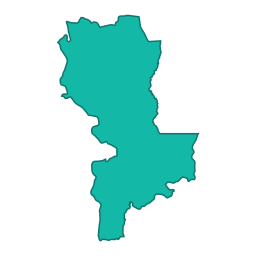 SVG path tracing the border of Kasaï-Oriental
{"feature_id": "COD-1896", "entity_name": "Kasaï-Oriental", "entity_type": "Province", "adm_level": 1, "iso_a3": "COD", "parent_name": "Democratic Republic of the Congo", "parent_adm1": "", "projection": "robinson", "projection_center": [23.978, -4.842], "detail": "fine", "context": "isolated", "style": "filled", "palette": "teal", "viewbox_px": 256, "rotation_deg": 0, "n_neighbors": 0, "source": "natural_earth", "source_scale": "10m", "svg_char_len": 5758}
<svg xmlns="http://www.w3.org/2000/svg" viewBox="0 0 256 256"><path d="M128.0,15.4L138.9,16.8L139.2,17.9L140.2,25.1L140.7,27.3L141.2,28.5L144.1,33.0L147.2,39.5L148.0,40.8L148.6,41.5L149.1,41.6L160.6,40.9L160.4,44.1L159.9,46.0L160.2,47.3L160.4,49.7L161.0,52.1L161.0,52.7L159.7,56.3L159.5,57.8L158.5,59.4L158.2,60.2L158.0,62.3L158.6,63.0L158.5,63.4L158.2,63.7L157.6,63.2L157.4,63.5L157.5,63.8L158.0,64.3L157.7,65.0L157.8,65.8L157.7,66.6L157.0,68.2L156.4,68.8L156.2,70.3L155.8,70.6L155.0,70.6L154.2,70.9L154.4,73.8L154.2,74.1L153.5,74.3L153.1,74.7L152.5,75.9L152.2,76.0L152.1,76.8L151.8,77.2L150.9,77.4L150.4,77.7L150.5,78.3L151.0,79.4L151.1,79.7L150.9,80.5L150.3,80.6L150.1,80.8L150.1,81.0L150.2,82.1L150.8,84.7L150.9,85.9L150.0,87.1L149.3,88.5L148.8,88.8L149.2,90.0L149.5,90.4L150.1,90.6L149.7,91.1L150.0,91.3L151.1,91.3L151.5,91.5L151.4,91.8L151.2,92.1L151.2,92.7L152.1,94.3L152.5,93.8L153.0,95.1L154.1,96.2L154.1,97.7L155.2,98.8L155.8,98.3L156.1,98.6L156.5,99.4L156.8,100.7L157.3,101.2L157.2,102.0L156.9,102.5L157.7,103.5L157.8,103.7L157.4,104.5L157.3,104.9L157.4,106.0L157.7,106.6L157.8,107.0L157.7,107.5L157.2,108.5L156.6,111.6L156.9,111.8L157.8,113.5L157.5,114.0L156.3,115.3L155.1,117.2L155.1,117.5L154.6,117.7L154.0,118.3L153.4,118.9L152.8,120.5L152.7,121.0L153.2,121.9L153.0,122.2L153.6,122.8L154.3,124.7L155.4,125.7L156.3,126.2L156.8,127.6L157.5,128.2L157.9,130.0L159.3,133.3L159.9,133.5L160.8,133.7L198.2,133.7L197.4,135.4L196.1,139.7L193.5,144.0L192.7,145.7L192.3,147.5L192.4,148.8L193.8,151.2L194.0,152.1L193.7,152.9L192.4,154.6L191.9,155.8L191.7,157.1L191.8,157.7L192.2,158.5L194.4,160.9L194.7,161.5L194.9,162.7L194.7,167.5L195.0,170.7L194.7,171.7L194.0,173.2L193.9,173.8L194.0,174.8L194.9,176.7L195.1,177.9L194.8,178.8L194.2,179.5L193.4,179.6L191.8,179.4L191.0,179.5L190.2,179.9L189.4,180.9L188.8,181.3L188.1,181.0L187.9,180.7L187.6,179.1L187.0,178.4L184.2,177.3L182.7,177.1L181.9,177.5L178.2,181.2L177.5,181.5L176.0,181.7L174.1,182.9L173.2,183.1L169.9,182.2L168.1,182.1L167.6,182.3L166.4,183.3L165.6,184.7L166.6,186.3L168.9,189.2L169.4,189.6L170.1,189.7L170.3,190.0L173.4,189.6L173.9,189.9L174.0,190.2L174.0,191.0L172.9,191.6L172.4,192.2L172.4,193.0L172.3,193.6L171.6,195.6L171.3,196.0L167.9,197.6L167.1,197.8L166.6,197.7L164.4,195.6L162.0,194.5L159.6,194.1L158.1,194.1L156.1,194.3L155.2,195.0L154.6,195.9L154.4,196.9L154.5,197.9L154.4,198.5L154.2,198.9L149.6,202.9L148.7,203.4L146.8,204.0L144.5,206.1L144.0,206.3L142.3,206.4L141.6,206.6L140.7,208.4L139.9,209.1L138.8,209.1L137.2,208.5L133.2,206.2L132.7,205.6L132.8,204.2L132.6,203.4L132.2,202.6L131.8,202.2L131.3,202.1L130.4,202.2L130.0,202.0L129.7,202.2L129.7,202.4L130.1,202.8L130.3,203.9L130.2,204.0L129.5,204.0L129.3,204.2L129.2,204.6L130.1,205.8L129.8,205.9L129.7,206.3L129.7,206.5L130.1,206.5L130.0,207.3L129.7,208.1L129.2,208.6L127.7,208.9L127.2,209.3L127.0,210.0L126.6,210.3L125.7,212.4L124.6,213.2L124.3,214.0L124.5,216.4L124.4,217.2L124.1,217.9L124.0,218.3L125.0,219.0L125.4,219.7L125.1,220.2L124.7,220.6L124.2,223.9L124.0,224.5L123.7,225.0L123.1,225.6L123.1,225.8L123.2,226.4L123.0,227.1L122.9,233.1L123.0,233.7L123.7,235.1L123.9,236.0L123.9,236.6L123.6,236.7L121.5,236.6L120.6,236.8L119.7,237.6L118.9,238.9L118.1,239.4L117.7,239.3L116.8,238.5L115.1,239.5L114.7,239.5L111.4,239.4L110.6,239.6L109.2,240.2L108.5,240.2L107.2,240.0L105.5,239.4L104.0,239.5L102.7,239.2L102.2,239.3L101.3,240.3L100.5,240.6L99.8,240.3L99.3,239.5L98.9,237.3L98.3,235.5L99.3,225.1L100.1,220.4L100.1,218.3L99.8,215.5L100.0,213.6L99.5,211.5L99.6,210.1L101.0,205.6L101.1,205.1L100.8,204.1L99.7,202.5L98.9,201.8L97.2,201.0L96.0,200.2L95.4,199.4L93.9,196.5L93.3,195.9L91.6,194.7L91.1,193.8L90.9,192.2L91.1,190.9L93.2,186.6L93.9,185.0L94.1,184.0L94.5,180.9L95.3,179.0L96.0,177.9L96.1,177.4L96.0,176.8L95.5,176.1L93.9,174.7L93.3,174.0L92.5,172.4L92.2,171.4L91.9,169.6L91.8,164.6L92.7,162.4L93.2,161.8L93.7,161.6L94.5,161.4L97.9,161.3L102.2,160.7L103.1,160.4L105.1,159.3L105.4,159.2L105.7,159.4L105.5,160.7L105.6,161.1L106.0,161.5L106.9,161.4L107.7,161.1L108.5,160.5L109.4,159.1L110.1,158.6L112.3,157.7L114.7,156.3L116.2,156.4L116.6,156.3L116.9,155.6L116.9,149.2L116.5,148.2L115.3,147.2L114.0,146.6L111.1,144.8L108.2,143.8L107.8,143.5L107.5,143.0L107.0,142.0L106.7,141.6L105.9,141.7L102.5,143.0L101.7,143.0L100.9,142.7L98.4,139.3L95.1,135.9L92.4,133.6L92.0,132.8L91.8,132.1L91.7,130.4L91.8,129.1L92.6,127.5L93.3,126.8L97.7,125.5L98.4,125.0L98.9,124.2L98.9,122.4L98.3,118.7L97.7,117.6L97.0,116.8L96.1,116.4L94.0,116.1L91.6,115.5L89.3,115.4L88.4,115.0L85.9,111.6L82.8,108.0L81.2,106.7L77.1,104.4L74.7,102.3L73.9,101.4L73.2,100.2L70.9,97.2L70.5,96.9L68.0,97.6L67.3,98.3L65.9,98.4L65.4,98.3L65.0,98.1L64.6,97.7L64.3,97.2L64.1,96.7L63.8,96.5L61.7,96.2L61.9,95.6L62.3,94.8L63.1,94.3L64.3,94.0L66.0,94.1L66.8,94.0L67.2,93.8L67.5,93.4L67.4,92.2L65.9,87.5L65.4,86.5L64.7,85.9L62.0,85.1L61.3,84.7L60.7,83.8L60.3,82.1L60.3,79.4L60.5,78.7L61.9,77.0L62.5,76.0L63.2,72.9L64.7,69.9L67.3,61.6L67.3,61.0L67.0,59.2L66.6,58.1L66.1,57.1L62.1,50.9L61.4,50.2L60.9,49.3L60.4,47.4L60.1,45.1L59.5,44.1L57.8,42.4L58.5,41.9L60.1,39.6L62.6,38.1L63.7,36.9L64.6,35.5L65.5,34.9L66.5,35.1L67.0,35.8L67.2,36.9L67.0,39.6L67.1,40.1L67.5,41.0L68.1,41.6L68.7,41.7L69.2,41.6L70.0,41.0L70.4,40.4L70.5,39.3L68.4,31.1L68.0,27.4L67.7,25.9L66.5,22.5L66.5,21.7L67.0,21.4L70.1,22.5L71.6,22.8L77.0,23.1L77.4,23.0L78.3,22.3L80.6,18.3L81.1,17.6L81.8,17.8L83.0,17.6L85.6,19.2L87.3,19.4L89.0,20.4L90.2,21.3L91.2,23.1L93.2,22.2L93.6,22.1L95.2,22.1L96.3,22.4L97.5,23.3L98.4,24.6L99.6,26.9L100.0,27.3L100.4,27.4L101.7,26.8L110.6,24.8L112.2,24.8L114.6,25.3L115.3,25.1L115.5,24.7L115.5,23.4L115.7,22.8L116.3,22.1L117.6,21.4L118.3,20.4L118.4,17.6L118.6,17.1L119.3,16.4L120.5,16.1L124.9,16.0L125.7,15.6L128.0,15.4Z" fill="#14b8a6" stroke="#0f766e" stroke-width="1.5"/></svg>